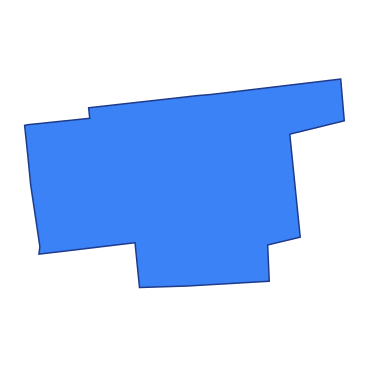 Marion, Ohio, United States of America, rotated 354°
{"feature_id": "52423323B93885037654379", "entity_name": "Marion", "entity_type": "district", "adm_level": 2, "iso_a3": "USA", "parent_name": "United States of America", "parent_adm1": "Ohio", "projection": "natural_earth1", "projection_center": [-83.169, 40.569], "detail": "fine", "context": "isolated", "style": "filled", "palette": "blue", "viewbox_px": 384, "rotation_deg": 354, "n_neighbors": 0, "source": "geoboundaries", "source_scale": "gbopen_adm2", "svg_char_len": 422}
<svg xmlns="http://www.w3.org/2000/svg" viewBox="0 0 384 384"><g transform="rotate(354 192 192)"><path d="M351.7,95.2L219.7,97.0L207.9,96.7L98.0,97.4L98.0,108.0L35.9,107.9L32.5,108.2L32.5,139.1L32.3,167.9L35.0,230.5L33.3,237.8L130.1,236.5L130.0,240.8L129.8,281.5L177.3,285.0L259.5,288.8L261.7,252.6L294.9,248.2L295.1,200.2L295.3,144.7L350.9,137.1L351.7,95.2Z" fill="#3b82f6" stroke="#1e3a8a" stroke-width="1.5"/></g></svg>